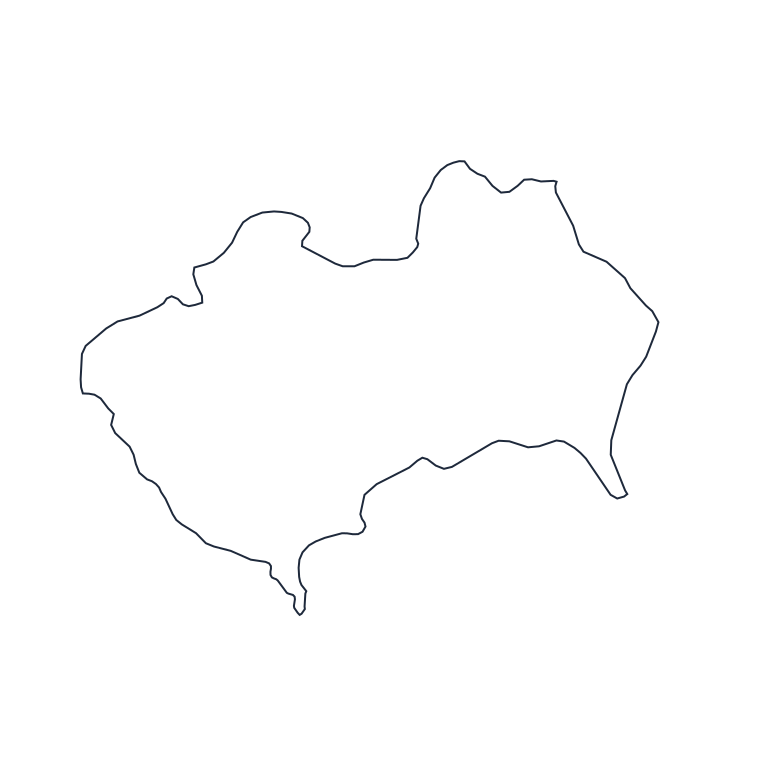 the Province of Kénédougou, rotated 243°
{"feature_id": "BFA-2800", "entity_name": "Kénédougou", "entity_type": "Province", "adm_level": 1, "iso_a3": "BFA", "parent_name": "Burkina Faso", "parent_adm1": "", "projection": "orthographic", "projection_center": [-5.0, 11.424], "detail": "fine", "context": "isolated", "style": "outline", "palette": "slate", "viewbox_px": 768, "rotation_deg": 243, "n_neighbors": 0, "source": "natural_earth", "source_scale": "10m", "svg_char_len": 2326}
<svg xmlns="http://www.w3.org/2000/svg" viewBox="0 0 768 768"><g transform="rotate(243 384 384)"><path d="M479.9,129.6L487.4,127.2L499.7,125.0L505.9,121.2L509.3,116.7L512.3,111.4L518.6,112.6L525.9,115.8L547.9,128.5L553.4,135.5L559.6,161.7L560.7,175.0L555.9,197.2L555.3,216.9L556.1,224.4L558.8,229.2L558.6,234.6L553.4,238.9L546.3,241.0L542.0,245.3L540.2,251.7L539.0,259.0L545.3,261.8L557.3,261.8L568.3,263.9L573.9,267.9L571.5,279.6L570.6,287.6L573.6,300.9L578.9,312.8L586.2,322.3L592.0,331.9L593.3,341.0L592.0,353.4L587.7,364.3L583.9,370.7L577.8,379.1L568.7,387.0L562.2,389.4L557.3,388.9L553.5,386.6L548.7,376.3L544.0,373.5L513.4,395.2L507.6,400.7L502.3,411.1L501.4,421.1L499.6,430.9L488.7,451.9L485.8,462.2L488.1,469.4L490.9,475.8L493.5,478.2L498.8,478.7L526.2,497.5L531.4,503.9L537.5,514.0L544.9,522.8L548.9,531.7L550.3,539.8L549.7,546.3L548.4,552.2L545.8,556.8L536.7,558.3L528.9,562.7L522.9,568.1L511.3,570.6L501.4,575.2L498.3,583.0L499.9,593.0L502.4,601.6L499.3,608.7L493.2,615.8L488.0,627.3L485.9,629.6L482.5,626.4L476.6,624.1L439.2,624.4L419.9,621.0L411.3,621.8L391.9,637.8L368.9,646.8L357.5,647.0L335.0,653.0L327.1,656.1L314.5,656.6L307.3,650.1L289.3,630.0L283.9,620.9L279.1,609.4L273.5,600.3L230.7,561.0L218.0,553.9L179.7,550.5L175.5,550.8L174.7,546.8L176.1,539.8L182.4,535.6L225.8,530.1L233.3,527.8L240.6,524.7L251.0,518.2L255.4,512.0L258.1,493.9L262.2,483.6L276.0,469.7L281.4,460.4L282.2,453.3L279.3,406.9L281.2,398.9L287.8,393.1L297.3,388.5L300.9,384.7L300.5,378.9L298.1,368.7L298.1,332.0L294.1,316.3L278.7,303.8L273.8,303.1L269.3,303.7L265.4,302.8L262.1,297.8L262.0,292.7L264.4,287.9L267.7,283.3L270.1,278.8L273.8,261.4L274.7,251.7L274.3,243.9L271.0,235.0L265.9,228.9L259.0,224.5L250.6,220.8L246.0,219.5L242.3,219.2L234.7,220.7L233.0,218.8L221.8,212.2L219.4,211.3L216.7,206.2L216.6,204.0L219.4,203.2L225.3,202.4L227.2,203.0L232.6,206.9L235.1,207.8L237.4,207.1L240.7,203.6L242.1,202.6L257.2,200.1L259.0,199.3L260.7,197.7L262.6,196.3L265.4,196.2L268.3,197.6L270.7,199.4L273.1,200.6L276.3,200.2L279.3,197.7L288.0,185.5L304.9,171.7L316.4,158.7L323.0,153.0L336.4,148.8L350.7,140.1L357.1,137.2L363.9,136.6L381.0,137.2L389.0,136.3L393.9,136.6L398.4,135.4L402.7,133.1L406.6,129.6L416.0,125.7L425.4,126.6L434.7,128.8L443.7,128.9L462.3,122.2L471.4,122.3L479.9,129.6Z" fill="none" stroke="#1e293b" stroke-width="2"/></g></svg>